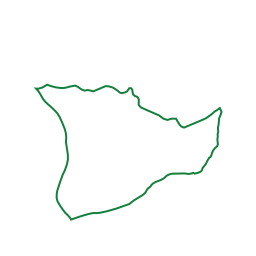 outline of Lèbombi-Leyou, Haut-Ogooué, Gabon, rotated 68°
{"feature_id": "22940354B21970441224980", "entity_name": "Lèbombi-Leyou", "entity_type": "district", "adm_level": 2, "iso_a3": "GAB", "parent_name": "Gabon", "parent_adm1": "Haut-Ogooué", "projection": "orthographic", "projection_center": [13.158, -1.435], "detail": "fine", "context": "isolated", "style": "outline", "palette": "green", "viewbox_px": 256, "rotation_deg": 68, "n_neighbors": 0, "source": "geoboundaries", "source_scale": "gbopen_adm2", "svg_char_len": 1827}
<svg xmlns="http://www.w3.org/2000/svg" viewBox="0 0 256 256"><g transform="rotate(68 128 128)"><path d="M57.6,186.7L58.4,192.2L57.9,196.7L57.0,198.5L60.5,197.2L65.3,196.4L69.5,195.9L73.0,194.7L76.1,193.3L78.6,192.0L83.5,189.7L87.6,188.1L91.7,187.3L98.8,187.0L105.4,187.0L109.7,187.6L113.9,188.9L118.1,190.9L124.6,192.4L130.6,193.9L135.0,195.7L138.9,198.3L143.9,202.7L146.5,205.7L149.6,208.5L153.8,212.2L159.3,216.8L161.7,218.4L165.9,220.3L169.6,220.8L174.4,220.1L179.3,219.0L182.7,218.1L187.1,216.2L189.9,215.3L191.6,215.1L192.0,207.0L192.4,201.6L193.1,195.9L193.8,192.1L195.2,188.8L196.2,185.3L197.3,178.8L198.4,168.4L198.8,158.3L199.0,155.3L198.2,152.7L197.2,148.9L195.8,140.2L194.8,136.9L193.8,135.2L192.6,133.9L191.7,132.5L190.7,129.2L189.4,127.2L188.7,125.1L188.4,122.0L188.5,116.8L188.0,113.3L186.7,109.9L186.5,106.9L187.0,103.8L188.0,101.3L189.1,98.5L190.5,94.6L191.6,92.0L193.2,89.4L194.0,86.0L194.0,84.4L195.3,83.2L195.8,79.8L195.6,76.6L194.7,75.1L193.0,73.8L191.9,71.7L190.7,69.5L188.3,66.9L186.0,63.9L185.8,62.5L184.5,60.9L182.5,59.3L180.6,57.3L179.3,55.0L178.4,52.3L176.9,50.8L174.9,50.2L172.2,49.5L171.0,48.8L170.1,48.2L167.0,47.1L165.5,45.8L161.6,44.6L158.2,42.4L153.2,39.9L150.5,37.2L148.0,35.2L143.9,35.4L144.6,38.1L145.3,41.9L146.6,45.4L148.2,52.1L148.4,58.4L148.6,75.9L146.6,78.0L144.1,79.0L137.3,80.0L135.7,84.0L135.3,88.4L132.7,91.6L127.8,94.6L118.9,103.4L113.8,108.3L110.7,109.4L108.0,108.4L105.7,107.3L102.8,107.6L100.9,109.6L98.9,110.7L96.3,110.3L94.0,109.7L92.2,110.3L91.6,112.1L92.5,113.3L93.7,115.0L93.9,117.5L93.4,120.7L92.2,122.2L90.0,123.4L87.9,124.7L84.7,127.0L82.0,130.5L80.8,133.1L81.0,146.4L78.9,149.3L77.7,151.1L77.1,154.2L74.8,156.7L71.0,159.1L68.9,161.1L67.8,166.4L67.6,168.7L66.9,172.5L65.3,176.2L63.2,179.8L60.1,184.0L57.6,186.7Z" fill="none" stroke="#15803d" stroke-width="2"/></g></svg>